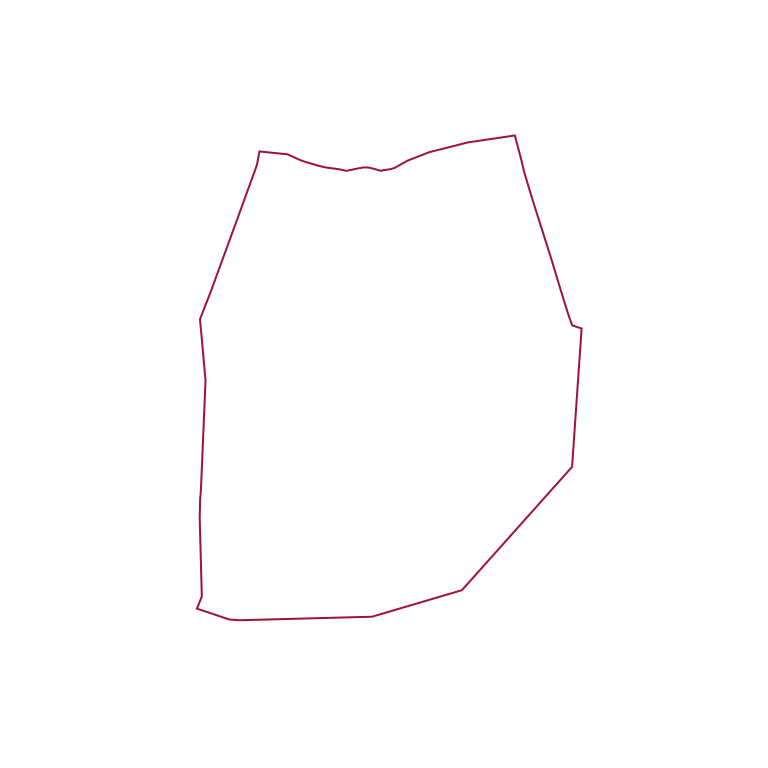 San Pedro Tidaá, Oaxaca, Mexico, rotated 293°
{"feature_id": "50627088B21905525899656", "entity_name": "San Pedro Tidaá", "entity_type": "district", "adm_level": 2, "iso_a3": "MEX", "parent_name": "Mexico", "parent_adm1": "Oaxaca", "projection": "equal_earth", "projection_center": [-97.375, 17.337], "detail": "fine", "context": "isolated", "style": "outline", "palette": "rose", "viewbox_px": 768, "rotation_deg": 293, "n_neighbors": 0, "source": "geoboundaries", "source_scale": "gbopen_adm2", "svg_char_len": 790}
<svg xmlns="http://www.w3.org/2000/svg" viewBox="0 0 768 768"><g transform="rotate(293 384 384)"><path d="M381.2,589.5L512.3,544.2L511.5,534.3L520.8,525.8L544.1,506.1L563.7,489.8L607.8,452.0L624.5,438.0L633.9,430.2L645.7,421.5L663.9,407.3L639.1,366.7L615.1,335.1L598.7,318.3L590.7,312.1L587.0,309.3L584.2,305.9L580.2,299.2L579.3,298.7L578.7,295.8L578.3,292.1L577.2,285.0L575.1,280.1L572.2,275.7L565.5,266.1L564.2,259.1L562.7,253.4L560.6,246.0L559.3,238.5L557.6,223.7L557.4,218.9L557.7,205.4L549.4,178.5L537.0,181.2L535.1,181.5L478.5,184.5L402.3,188.4L371.8,189.3L367.7,191.4L363.4,193.8L317.6,218.3L217.8,255.8L210.2,258.5L207.3,259.3L189.1,266.5L117.3,299.3L104.1,299.6L106.8,333.7L110.3,343.8L165.1,463.9L224.7,536.3L381.2,589.5Z" fill="none" stroke="#9f1239" stroke-width="2"/></g></svg>